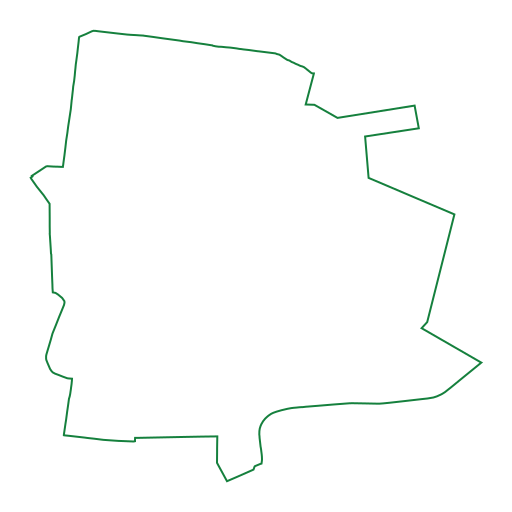 outline of Fantanele, Constanta, Romania
{"feature_id": "2599482B37422610029163", "entity_name": "Fantanele", "entity_type": "district", "adm_level": 2, "iso_a3": "ROU", "parent_name": "Romania", "parent_adm1": "Constanta", "projection": "natural_earth1", "projection_center": [28.558, 44.619], "detail": "fine", "context": "isolated", "style": "outline", "palette": "green", "viewbox_px": 512, "rotation_deg": 0, "n_neighbors": 0, "source": "geoboundaries", "source_scale": "gbopen_adm2", "svg_char_len": 3640}
<svg xmlns="http://www.w3.org/2000/svg" viewBox="0 0 512 512"><path d="M275.4,53.4L274.7,53.3L259.4,51.4L257.4,51.2L248.8,50.0L243.3,49.4L241.3,49.1L239.3,48.9L236.5,48.4L230.4,47.6L227.7,47.4L226.3,47.3L221.5,46.8L218.6,46.7L215.6,46.3L212.8,45.7L212.2,45.3L211.9,45.3L211.7,45.3L204.7,44.2L197.4,43.2L195.0,42.8L191.3,42.2L187.1,41.7L182.9,41.2L179.7,40.6L161.8,38.2L152.8,36.9L143.8,35.7L143.6,35.6L140.0,35.4L135.7,35.1L130.1,34.8L129.2,34.7L128.3,34.7L127.9,34.6L127.5,34.6L126.6,34.5L117.6,33.5L98.6,31.3L95.5,30.9L93.5,30.8L91.8,31.3L85.9,34.1L83.7,35.0L79.6,36.7L79.2,37.0L79.0,37.9L78.8,39.8L78.6,41.8L77.8,48.7L77.3,53.3L76.8,57.0L76.3,60.8L75.8,64.3L75.5,67.4L75.5,67.6L75.1,71.3L74.9,73.6L74.7,75.9L74.4,78.5L74.1,81.1L73.6,84.1L73.2,86.5L72.9,89.9L72.5,93.3L72.2,96.1L71.8,99.6L71.7,99.8L71.6,101.0L71.2,105.1L70.8,109.2L69.8,115.8L69.0,121.1L68.2,126.3L67.7,130.1L67.5,131.8L67.3,133.3L66.2,140.4L65.4,147.5L64.4,155.7L63.3,163.8L63.2,164.8L63.0,165.9L62.9,166.9L60.9,166.9L60.2,166.8L57.9,166.7L53.8,166.6L47.3,166.2L46.0,166.5L41.5,169.5L31.9,175.8L32.4,176.5L30.7,177.7L30.9,178.1L31.4,179.0L36.9,186.8L42.1,193.3L43.5,195.0L44.6,196.6L46.5,199.4L49.6,203.8L49.7,218.6L49.7,226.0L49.8,233.4L49.7,233.6L49.9,235.8L50.8,249.7L51.0,253.6L51.1,253.9L51.3,254.5L51.4,257.4L52.1,277.1L52.4,284.5L52.5,288.2L52.8,292.4L55.5,292.9L58.0,294.5L62.2,298.0L63.3,299.6L64.4,301.2L64.5,302.7L64.0,305.0L61.6,310.9L59.2,316.7L55.9,325.1L52.5,333.5L50.8,339.7L48.6,347.1L46.4,354.5L46.1,356.1L46.1,358.6L46.3,359.9L47.6,363.2L50.1,369.0L51.6,371.2L52.4,372.0L52.8,372.4L53.4,372.8L53.9,373.0L54.9,373.6L58.7,375.0L62.7,376.6L65.2,377.5L67.1,378.2L68.2,378.4L72.0,378.7L71.9,380.7L71.6,383.6L71.6,383.8L71.2,386.7L71.1,387.3L70.9,389.1L70.4,392.5L70.2,393.9L69.9,395.4L69.6,396.8L69.5,397.0L69.2,398.1L69.0,398.6L68.1,405.2L67.2,411.4L66.1,419.7L65.5,423.5L63.8,435.2L63.9,435.3L68.9,435.8L84.8,437.6L86.9,437.9L89.5,438.2L94.2,438.7L98.2,439.2L102.1,439.7L102.3,439.7L102.8,439.8L104.1,439.9L109.8,440.3L118.4,440.9L121.3,441.0L133.7,441.5L135.0,441.2L135.0,439.5L135.1,437.9L136.6,437.9L186.2,436.9L201.8,436.6L217.3,436.4L217.3,436.5L217.2,442.5L217.1,448.5L217.1,452.2L217.0,462.8L218.5,465.6L227.0,481.2L236.3,477.2L253.5,469.6L254.6,466.5L254.9,466.2L255.1,466.1L260.4,463.9L261.5,463.6L261.9,460.8L262.0,459.3L261.9,456.6L261.7,454.4L261.2,450.5L261.2,450.3L260.8,447.7L260.6,446.8L259.6,438.0L259.5,436.2L259.3,434.4L259.4,431.0L259.8,428.4L260.6,425.9L261.0,425.0L261.4,424.1L263.1,421.2L265.2,418.6L266.8,417.1L267.7,416.3L268.7,415.5L271.2,413.8L273.3,412.8L276.7,411.6L281.6,410.2L287.5,408.8L291.3,408.1L293.8,407.8L296.3,407.6L299.0,407.3L301.8,407.1L302.8,407.1L306.2,406.7L307.7,406.6L312.7,406.2L317.8,405.8L333.4,404.5L349.2,403.3L351.9,403.2L364.0,403.4L379.0,403.7L380.3,403.6L383.0,403.4L389.1,402.8L405.2,401.0L421.8,399.1L427.4,398.5L431.0,397.9L433.4,397.5L436.8,396.4L438.6,395.6L439.4,395.2L440.4,394.8L442.3,393.8L445.0,392.1L448.4,389.4L450.7,387.6L460.2,379.8L473.6,368.9L481.3,362.6L481.1,362.5L421.6,328.2L427.2,322.1L454.4,214.4L368.6,177.9L365.1,136.5L418.8,128.3L414.6,105.6L337.5,117.9L314.4,104.8L305.7,104.5L312.3,79.5L313.7,74.2L313.9,73.5L313.9,73.4L313.0,73.4L312.8,73.4L311.8,73.2L311.0,72.7L310.8,72.6L310.1,72.0L309.1,71.2L305.1,68.0L303.9,67.1L303.4,66.9L302.2,66.4L300.7,66.0L299.9,65.7L297.9,64.7L296.6,64.2L295.4,63.7L294.2,63.0L293.3,62.6L292.5,62.3L291.7,62.0L290.0,60.9L289.3,60.5L288.7,60.3L287.8,60.1L287.1,59.8L285.4,58.7L283.4,57.4L281.2,55.8L280.5,55.4L279.8,54.9L279.2,54.6L278.3,54.4L277.7,54.2L277.0,54.1L276.6,53.9L275.4,53.4Z" fill="none" stroke="#15803d" stroke-width="2"/></svg>